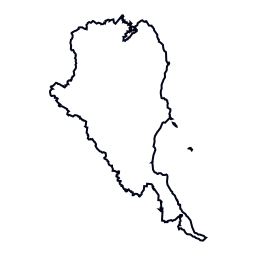 Douglas, Queensland, Australia (Robinson projection)
{"feature_id": "25037944B93362533996498", "entity_name": "Douglas", "entity_type": "district", "adm_level": 2, "iso_a3": "AUS", "parent_name": "Australia", "parent_adm1": "Queensland", "projection": "robinson", "projection_center": [145.346, -16.309], "detail": "fine", "context": "isolated", "style": "outline", "palette": "ink", "viewbox_px": 256, "rotation_deg": 0, "n_neighbors": 0, "source": "geoboundaries", "source_scale": "gbopen_adm2", "svg_char_len": 5766}
<svg xmlns="http://www.w3.org/2000/svg" viewBox="0 0 256 256"><path d="M206.0,237.7L205.2,237.5L203.9,236.0L199.7,234.5L198.3,234.6L196.6,233.2L195.1,233.0L194.4,232.4L192.1,226.9L190.5,220.5L187.5,216.5L186.6,216.2L185.5,214.1L182.2,211.6L181.3,209.5L180.3,208.8L180.1,204.7L178.9,204.4L178.7,204.7L178.1,204.2L177.9,201.4L176.9,200.5L177.1,199.9L176.2,199.0L174.8,195.5L172.4,193.4L172.3,191.9L171.1,191.0L167.5,184.8L167.0,181.8L167.5,176.6L167.2,175.2L166.3,174.5L165.4,174.9L162.9,175.0L160.8,173.2L158.8,173.2L157.8,174.0L157.1,173.8L156.0,172.7L154.8,172.4L154.1,171.7L153.0,169.5L152.6,164.3L152.1,163.0L152.4,162.4L151.8,162.4L152.4,161.9L153.4,155.4L155.4,149.8L154.9,147.9L153.5,146.5L154.6,141.7L154.4,138.8L155.0,136.0L157.2,132.2L160.3,128.2L162.5,122.9L163.4,122.4L165.1,122.7L169.2,118.5L170.5,118.6L171.1,119.2L172.1,118.9L171.1,118.3L169.7,116.5L170.0,115.1L169.3,114.1L170.4,110.9L170.4,109.2L167.6,107.6L167.5,104.6L167.9,103.4L167.2,101.9L167.3,100.7L166.0,99.5L165.1,99.6L164.0,98.1L162.5,98.4L161.5,97.9L160.8,93.9L160.8,91.1L161.6,88.7L161.6,84.8L163.5,79.8L165.0,77.3L164.8,73.3L166.7,70.3L166.9,66.5L167.8,65.0L168.7,64.6L169.2,63.3L168.9,62.6L167.8,63.3L166.3,60.7L166.0,52.2L164.1,50.7L163.3,48.4L162.9,44.8L160.2,42.3L158.9,41.7L158.8,39.5L158.2,39.2L157.2,36.6L157.3,34.7L154.1,30.3L153.9,28.7L153.2,28.0L152.7,26.9L151.9,26.6L151.6,25.7L149.0,25.6L146.3,21.2L145.5,21.3L145.1,21.9L143.4,21.4L142.4,20.3L141.2,20.7L137.7,23.2L137.3,25.2L135.2,26.4L135.2,28.6L134.4,27.5L132.8,26.6L131.6,26.7L131.2,28.4L131.3,30.3L133.3,30.6L133.9,29.6L134.8,30.1L135.4,29.6L135.6,27.8L136.0,29.4L136.9,30.0L136.7,31.2L134.1,33.0L132.9,33.2L132.0,33.9L129.5,37.6L128.5,37.5L127.7,39.2L127.0,39.1L126.8,39.6L125.7,39.9L125.1,40.9L123.9,40.2L123.4,40.4L123.7,38.2L123.4,36.9L125.4,36.8L126.4,35.9L125.3,34.5L125.4,33.8L127.0,33.1L127.4,32.4L127.4,31.4L129.1,32.1L129.2,31.5L130.5,31.5L129.6,30.1L130.1,29.3L129.4,27.9L130.5,26.8L130.2,25.7L130.9,24.6L130.8,23.6L131.3,23.3L130.4,22.4L130.5,23.8L129.3,23.7L129.3,24.6L128.3,24.9L128.4,24.0L126.6,23.0L127.0,22.8L126.7,22.2L125.1,22.8L124.6,22.5L125.0,21.7L124.6,21.3L123.7,21.7L124.2,20.7L123.3,20.9L123.4,20.5L122.8,20.2L123.0,20.0L122.3,19.1L122.9,18.9L122.5,18.3L122.1,18.3L122.5,17.9L122.1,17.6L123.4,16.4L122.9,15.4L122.2,15.4L115.5,23.7L113.9,22.5L113.4,19.4L111.3,19.9L109.5,21.0L109.6,20.1L108.8,19.8L107.7,19.8L106.5,20.7L106.0,20.6L105.5,20.8L105.7,21.3L105.0,23.4L104.1,22.8L103.7,23.7L102.7,24.2L101.1,24.2L100.9,23.5L98.5,22.7L96.7,23.6L93.2,21.0L92.8,21.0L91.0,22.8L89.1,22.1L87.8,23.0L87.4,24.0L86.4,25.0L86.8,26.7L86.7,29.3L85.3,29.0L85.1,28.6L84.4,28.7L82.1,27.3L79.2,27.4L78.8,27.5L78.6,29.1L77.9,29.2L76.8,30.3L74.2,31.3L71.7,32.8L71.5,33.2L72.6,35.1L72.6,37.1L72.0,38.7L71.0,39.7L70.4,42.9L71.2,45.9L70.9,46.4L71.1,48.4L70.8,48.9L71.1,49.7L71.8,50.3L73.3,50.1L74.3,52.6L75.5,53.7L75.9,55.3L75.5,55.9L75.7,56.8L75.0,58.1L75.9,59.5L75.7,61.5L76.3,63.3L75.5,64.6L76.0,66.3L75.8,68.3L73.7,71.3L74.3,75.0L73.1,76.5L72.5,76.5L72.2,77.6L71.6,78.1L71.7,79.4L71.0,80.6L70.4,80.2L70.0,80.6L69.1,80.3L67.6,81.4L67.4,82.2L68.2,84.0L67.4,83.8L66.5,85.5L65.4,85.4L65.6,86.4L64.7,87.4L63.4,86.8L63.1,86.0L62.2,85.9L59.3,84.1L58.0,84.0L57.5,83.3L56.0,82.8L53.3,85.7L51.3,86.3L50.8,86.9L52.7,88.8L51.5,88.9L51.4,89.6L50.2,90.7L50.0,92.2L50.7,95.3L51.6,96.0L54.4,95.7L55.0,96.3L54.8,97.8L56.7,97.9L57.7,98.6L57.1,99.8L56.1,100.4L57.8,102.5L60.2,104.4L58.9,105.0L58.8,105.7L59.8,106.4L62.0,106.2L67.0,109.0L66.9,109.6L68.8,111.3L68.0,111.8L67.2,114.1L68.6,115.4L69.4,114.9L73.0,116.5L74.8,115.1L77.1,115.5L78.3,116.1L78.5,116.8L79.8,116.7L80.1,118.6L81.0,118.4L82.0,119.7L82.9,119.9L83.3,120.6L84.2,120.5L86.2,121.6L85.6,126.2L85.2,126.5L86.7,127.6L87.3,127.6L86.6,132.8L87.9,134.4L87.7,135.2L88.4,135.9L87.8,138.3L88.9,139.5L90.5,139.0L91.0,139.5L92.3,139.0L94.1,141.7L94.7,141.9L96.0,144.1L96.0,145.0L95.5,145.4L95.8,146.5L97.0,148.5L99.9,151.4L101.1,151.6L102.3,152.7L103.7,152.2L105.6,153.1L106.0,156.0L105.4,157.1L104.3,157.7L104.4,158.6L106.7,159.7L107.6,160.6L107.5,161.2L108.5,161.8L108.4,163.2L109.1,164.8L110.9,165.8L112.0,165.7L111.9,166.8L112.9,169.0L112.6,170.9L114.9,170.9L116.6,172.0L118.6,171.3L119.1,171.5L118.9,173.2L118.1,173.0L117.4,173.9L117.6,174.7L116.6,175.0L116.4,176.5L118.8,177.7L119.0,178.1L117.8,179.0L117.5,179.9L117.7,180.7L120.7,181.0L120.6,181.6L119.6,182.0L119.8,183.7L120.1,184.3L121.7,185.1L121.5,186.0L122.7,186.1L122.6,186.7L124.0,189.1L125.7,189.4L125.7,189.9L125.2,190.4L125.4,191.0L126.1,191.5L127.1,191.2L127.6,189.9L128.7,189.4L129.6,190.8L131.3,191.4L131.2,192.1L132.8,192.4L132.7,195.2L133.7,195.1L135.0,193.8L137.4,194.0L138.3,195.1L139.0,195.2L139.0,196.2L139.6,196.5L141.6,194.3L141.6,192.8L143.8,189.9L144.2,186.1L146.8,186.4L147.1,183.7L151.6,184.2L153.2,186.4L152.5,187.0L153.4,188.2L153.1,188.5L153.8,189.5L154.3,189.0L158.6,195.2L158.3,200.1L160.1,200.3L161.6,201.7L161.4,202.6L160.9,202.6L161.3,206.8L160.6,207.4L160.7,208.2L162.5,208.4L162.3,209.8L159.3,209.5L161.2,211.3L162.5,211.5L162.0,220.6L163.9,220.8L164.8,222.1L165.5,221.7L166.1,222.2L167.4,222.1L167.3,221.4L168.1,220.9L171.3,220.1L172.5,221.0L173.6,220.2L175.2,219.8L178.3,216.8L178.9,216.9L180.2,214.9L182.0,215.0L182.1,215.7L179.9,218.0L180.6,221.0L179.6,222.1L179.9,223.4L179.4,224.2L180.0,225.2L178.9,225.2L178.1,226.5L179.1,229.3L180.2,228.4L181.2,228.3L182.0,229.4L183.9,229.9L185.4,232.6L187.2,234.2L190.6,234.5L193.0,236.6L194.7,236.7L195.7,237.9L199.1,239.0L200.3,240.3L203.0,240.6L206.0,237.7ZM173.0,122.9L173.6,124.4L175.1,125.1L175.6,126.1L176.5,126.5L176.3,125.6L175.4,125.1L174.6,123.4L173.0,122.9ZM191.7,150.3L192.1,149.6L191.4,148.8L191.1,149.5L191.7,150.3ZM188.9,148.5L189.8,148.7L190.0,148.0L189.3,148.1L188.9,148.5Z" fill="none" stroke="#020617" stroke-width="2"/></svg>